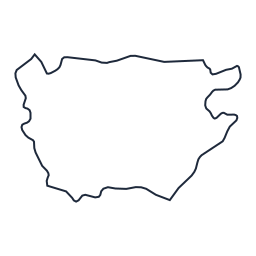 SVG path tracing the border of Aïn Defla
{"feature_id": "DZA-2199", "entity_name": "Aïn Defla", "entity_type": "Province", "adm_level": 1, "iso_a3": "DZA", "parent_name": "Algeria", "parent_adm1": "", "projection": "albers", "projection_center": [2.129, 36.152], "detail": "fine", "context": "isolated", "style": "outline", "palette": "slate", "viewbox_px": 256, "rotation_deg": 0, "n_neighbors": 0, "source": "natural_earth", "source_scale": "10m", "svg_char_len": 1635}
<svg xmlns="http://www.w3.org/2000/svg" viewBox="0 0 256 256"><path d="M76.1,201.6L73.8,200.4L72.2,197.9L66.1,191.4L47.3,185.7L46.7,180.9L47.7,177.6L48.7,175.2L48.3,173.1L46.9,170.7L42.2,165.9L35.6,152.5L34.3,148.1L34.0,141.7L33.0,140.2L28.3,137.6L25.5,135.1L22.2,130.0L21.5,127.1L22.3,124.7L24.3,123.6L27.0,122.7L29.0,121.3L30.5,118.7L30.5,112.8L29.6,110.2L27.5,108.6L25.5,108.1L23.7,107.0L23.6,104.8L25.8,98.2L25.4,95.7L21.3,90.1L18.6,85.4L15.7,77.4L15.4,73.3L16.7,70.0L31.2,59.0L34.7,54.4L41.3,61.9L46.9,73.5L48.6,73.7L50.7,73.1L55.3,70.7L57.5,69.2L59.4,67.3L60.5,65.0L62.1,59.0L64.2,57.3L67.5,57.2L95.4,60.4L101.7,62.6L107.0,62.9L109.4,62.1L116.8,60.7L130.5,55.9L135.3,55.8L164.2,61.9L203.0,60.2L205.3,65.0L206.3,66.3L207.5,67.5L209.5,68.6L210.2,69.5L210.7,72.7L212.5,74.4L216.1,73.8L226.1,69.8L231.9,68.7L237.0,65.9L237.9,66.2L238.9,67.2L240.6,74.5L240.5,77.6L239.7,79.5L238.0,82.3L234.6,85.8L231.1,88.1L227.6,89.4L215.2,89.7L213.4,90.6L212.1,91.9L210.1,94.6L207.5,97.3L206.2,98.9L205.5,101.2L205.2,105.3L205.8,107.2L206.3,108.5L209.6,111.4L210.9,113.4L211.9,115.6L213.4,117.7L214.0,118.2L214.5,118.5L215.3,118.4L216.6,117.8L220.9,113.7L222.4,112.9L223.8,112.8L227.3,114.7L234.2,114.6L235.8,115.1L237.0,116.0L237.3,117.9L236.4,120.4L229.8,126.6L227.3,131.3L224.6,137.9L222.7,141.3L201.6,155.2L199.9,157.0L198.4,159.3L197.4,162.5L195.9,168.5L194.3,171.9L191.6,175.6L178.6,188.0L169.8,200.1L155.9,194.8L146.2,188.8L141.2,187.3L135.8,187.1L126.3,188.9L115.4,188.5L107.9,187.2L103.4,188.7L101.2,191.3L100.3,194.9L98.8,196.8L95.2,197.4L85.3,194.8L82.3,195.6L78.6,200.3L76.1,201.6Z" fill="none" stroke="#1e293b" stroke-width="2"/></svg>